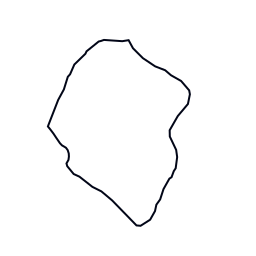 Concepción Chiquirichapa, Quezaltenango, Guatemala (Robinson projection), rotated 234°
{"feature_id": "79465075B62244811980671", "entity_name": "Concepción Chiquirichapa", "entity_type": "district", "adm_level": 2, "iso_a3": "GTM", "parent_name": "Guatemala", "parent_adm1": "Quezaltenango", "projection": "robinson", "projection_center": [-91.619, 14.843], "detail": "fine", "context": "isolated", "style": "outline", "palette": "ink", "viewbox_px": 256, "rotation_deg": 234, "n_neighbors": 0, "source": "geoboundaries", "source_scale": "gbopen_adm2", "svg_char_len": 820}
<svg xmlns="http://www.w3.org/2000/svg" viewBox="0 0 256 256"><g transform="rotate(234 128 128)"><path d="M176.3,64.1L172.6,64.3L167.2,64.4L162.6,64.2L155.7,64.0L152.7,64.4L150.7,65.3L148.5,66.2L145.5,66.2L142.2,65.1L139.6,63.4L137.2,61.1L135.5,57.4L132.8,56.4L122.7,57.0L117.2,60.1L101.3,64.6L92.4,69.2L78.8,72.6L44.2,77.6L41.5,80.7L40.8,92.0L44.9,101.0L49.3,105.9L51.3,112.0L57.7,120.8L62.7,131.7L62.6,134.3L66.2,139.7L67.4,142.9L75.6,150.7L82.0,154.1L96.5,156.8L101.7,160.4L108.4,175.3L112.2,190.6L118.9,197.9L122.5,199.6L134.8,198.6L145.4,193.8L152.9,192.0L161.9,186.2L175.7,181.1L189.6,178.9L198.7,180.1L201.6,174.4L213.4,160.3L214.3,157.3L215.2,155.1L214.4,139.5L213.1,137.2L210.9,121.9L205.5,112.7L204.8,109.4L196.9,98.8L191.8,88.1L177.4,65.7L176.3,64.1Z" fill="none" stroke="#020617" stroke-width="2"/></g></svg>